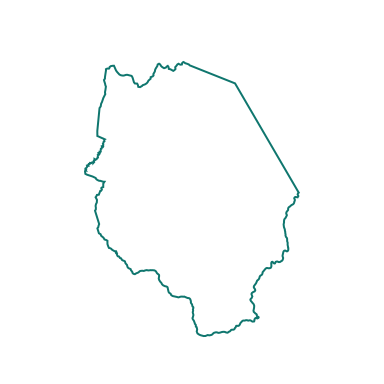 Kompiam District, Enga, Papua New Guinea (Mercator projection), rotated 72°
{"feature_id": "67681753B5987121192502", "entity_name": "Kompiam District", "entity_type": "district", "adm_level": 2, "iso_a3": "PNG", "parent_name": "Papua New Guinea", "parent_adm1": "Enga", "projection": "mercator", "projection_center": [143.976, -5.26], "detail": "fine", "context": "isolated", "style": "outline", "palette": "teal", "viewbox_px": 384, "rotation_deg": 72, "n_neighbors": 0, "source": "geoboundaries", "source_scale": "gbopen_adm2", "svg_char_len": 6039}
<svg xmlns="http://www.w3.org/2000/svg" viewBox="0 0 384 384"><g transform="rotate(72 192 192)"><path d="M102.0,117.5L70.8,155.1L69.7,155.6L68.1,157.6L67.5,158.6L66.4,159.3L65.7,160.1L66.4,161.6L67.6,162.2L67.4,163.5L66.6,164.6L65.9,165.1L66.1,166.4L67.1,167.7L68.1,169.4L69.9,169.7L70.7,171.1L71.0,172.4L68.6,174.6L67.8,176.0L65.8,175.7L64.6,176.1L64.9,177.3L65.6,178.4L65.6,180.3L64.6,181.2L63.4,182.1L62.5,182.5L60.8,182.9L59.8,183.7L60.1,185.2L61.5,186.1L63.5,188.5L64.4,189.3L65.9,190.1L67.9,192.3L69.3,192.6L69.9,193.7L70.0,195.8L71.5,196.4L72.6,199.0L73.8,200.2L74.6,201.5L75.1,203.3L75.2,205.9L75.7,206.7L76.2,209.0L75.4,210.6L73.7,210.4L72.0,210.6L71.1,212.8L69.7,213.3L66.2,213.2L64.5,213.2L62.9,213.6L60.5,217.4L60.2,218.7L60.2,220.5L60.0,221.6L59.1,223.4L57.9,224.7L54.8,226.1L53.0,226.7L47.8,227.2L47.4,228.7L47.2,230.3L47.7,231.7L48.5,232.2L49.0,232.9L48.4,234.4L48.6,235.9L49.7,236.2L55.9,239.3L57.3,239.8L58.3,241.1L59.9,241.2L62.1,241.2L63.7,241.4L65.1,241.3L68.2,242.8L69.4,243.5L70.8,244.1L72.1,244.2L75.1,247.2L78.6,249.8L79.9,251.1L82.4,252.4L83.6,254.0L104.7,263.2L109.5,264.7L114.9,258.7L115.1,259.4L116.7,259.6L117.0,260.6L117.8,261.0L118.5,261.8L119.4,261.7L120.1,262.2L121.0,262.2L121.2,262.4L120.6,262.6L120.6,263.1L121.2,263.3L120.9,263.7L121.9,263.9L122.8,264.6L122.7,265.3L124.6,266.2L125.4,266.3L125.9,267.4L125.5,267.7L126.2,268.1L126.0,268.8L126.7,268.8L127.0,269.3L127.4,268.5L127.9,269.2L127.9,269.8L128.8,270.6L130.2,270.8L130.6,271.9L131.3,272.6L131.2,273.2L131.6,273.8L130.5,274.6L131.3,274.9L132.0,275.8L133.3,275.8L133.8,276.7L133.3,276.5L133.3,277.0L132.9,277.7L133.4,278.8L132.8,280.0L133.7,280.6L133.4,281.5L134.2,282.0L134.3,283.2L135.1,282.7L135.1,283.8L135.7,284.0L136.4,284.9L136.7,286.0L137.7,285.8L137.8,286.3L138.7,286.2L138.3,286.7L139.4,287.4L141.8,287.8L143.1,286.5L146.6,281.7L148.9,279.3L150.1,279.1L151.3,278.3L152.7,276.8L153.0,275.8L154.7,273.4L155.2,272.1L156.6,273.8L159.9,274.9L159.9,276.5L160.3,277.1L161.9,277.0L162.8,278.2L162.6,278.9L165.8,281.5L165.4,283.3L166.7,284.5L167.2,285.3L170.1,284.8L172.6,285.8L173.9,287.1L175.5,288.0L177.3,288.3L178.9,288.9L179.8,290.0L193.8,290.2L195.2,291.3L196.5,292.0L197.3,293.2L202.5,293.3L203.9,292.0L205.6,291.9L208.1,290.3L210.1,289.9L211.1,288.5L212.2,287.5L215.4,288.5L217.2,288.5L219.5,288.3L220.1,287.3L221.1,286.3L222.2,285.9L224.4,283.9L224.9,282.5L226.3,282.4L225.9,283.1L226.5,283.2L227.4,282.7L228.9,282.7L230.1,282.5L230.9,281.3L232.5,280.9L233.1,280.0L235.1,279.5L236.0,278.6L236.1,278.3L237.3,277.2L239.1,277.3L240.2,276.9L241.2,276.4L243.4,276.5L244.7,276.0L246.4,274.2L247.7,274.2L249.3,273.5L250.4,273.6L251.4,273.2L252.0,272.6L252.5,271.7L252.1,270.2L252.0,268.2L251.7,267.2L251.2,266.3L251.2,265.0L251.5,263.7L252.2,262.2L252.1,261.2L252.2,259.9L252.3,259.2L253.1,257.8L253.6,255.3L253.8,255.0L254.2,253.6L254.9,252.0L255.6,251.3L256.4,250.8L257.9,250.5L258.6,250.3L260.4,249.1L260.9,249.0L261.9,249.3L264.1,250.4L265.6,250.4L267.6,249.9L268.7,249.3L270.5,249.0L271.7,248.4L273.1,247.0L274.0,245.5L274.5,245.0L275.1,244.7L279.1,245.1L280.1,245.1L280.9,244.8L282.1,243.8L283.7,243.6L285.0,242.5L287.2,238.7L287.7,238.0L288.1,237.2L288.0,236.0L288.1,234.8L288.6,233.3L288.9,232.8L289.0,231.8L291.5,228.9L291.9,227.8L292.7,227.1L293.5,226.8L295.5,226.8L296.6,227.2L297.5,227.2L298.9,226.7L300.8,226.9L301.3,226.8L301.8,226.4L302.2,226.4L302.8,226.6L303.9,227.4L304.9,227.5L305.6,227.8L306.1,228.2L306.8,228.5L308.9,228.6L309.5,228.7L311.4,229.9L311.9,230.4L312.5,230.6L313.4,230.5L315.0,230.0L317.3,229.9L318.3,230.0L319.3,229.5L319.8,229.5L320.9,229.9L321.3,229.9L321.8,229.4L322.7,229.4L324.4,229.6L326.1,230.6L328.2,230.5L330.0,229.1L331.0,227.9L332.6,225.4L333.1,223.8L332.9,221.3L333.7,219.8L333.9,218.3L333.9,217.4L333.6,216.5L333.0,215.5L332.7,214.5L332.8,212.8L333.1,211.8L334.1,210.5L334.4,209.0L334.4,206.7L334.8,204.9L335.3,203.9L336.2,202.9L336.8,201.6L336.7,201.2L336.3,200.1L336.3,199.4L336.1,198.7L335.3,197.4L335.3,196.5L335.7,195.4L335.7,194.5L335.5,194.0L334.6,193.2L334.3,192.4L333.5,191.8L333.0,191.3L333.1,190.5L333.6,189.7L333.6,188.8L333.4,188.3L333.1,187.8L331.5,186.3L330.1,183.7L330.2,182.7L330.6,181.5L330.6,180.2L331.0,179.2L331.7,178.3L331.8,177.0L332.2,176.0L332.9,175.4L333.5,175.0L334.0,174.4L334.3,173.0L333.8,172.5L332.4,171.9L331.6,170.8L331.5,170.0L332.4,169.1L332.3,167.8L331.9,167.4L331.4,167.4L330.5,168.3L330.1,168.5L329.2,168.5L328.7,168.3L328.0,168.5L326.9,169.4L326.3,169.6L325.1,170.3L323.9,170.2L321.4,168.8L319.5,168.0L318.1,168.0L317.2,168.2L315.8,168.9L315.3,169.0L314.0,169.6L313.0,169.8L312.3,169.7L311.9,169.3L311.4,168.2L310.0,166.9L307.6,167.0L307.0,166.7L306.6,166.3L306.0,164.6L305.9,163.2L305.2,162.3L304.1,162.1L302.0,162.7L301.2,162.5L300.5,162.0L298.6,159.3L296.4,157.4L295.8,155.8L295.5,155.4L294.9,154.7L293.6,153.9L293.1,153.4L292.7,152.8L292.4,151.4L292.0,150.8L291.5,150.3L290.1,149.6L287.7,145.8L287.4,144.9L287.4,144.2L288.2,142.7L288.5,141.6L288.4,140.5L287.6,139.7L287.0,139.4L284.1,138.6L283.6,138.2L283.2,137.8L283.2,137.2L283.8,136.7L284.4,136.6L285.1,136.2L285.5,135.6L285.5,135.1L284.3,134.0L284.3,133.0L284.6,132.1L285.4,131.3L285.7,130.4L285.7,129.6L285.3,128.4L285.3,127.9L284.7,126.9L283.7,126.1L282.9,125.7L281.1,125.7L280.4,125.5L277.2,123.6L276.7,123.1L276.4,122.5L276.4,121.6L277.0,120.9L277.6,120.4L277.8,120.0L277.8,119.4L277.1,118.5L276.0,118.0L275.2,117.9L275.0,117.7L274.2,117.8L273.7,117.6L271.8,117.4L269.8,116.7L268.2,116.7L265.9,116.0L265.0,116.0L263.7,116.5L262.2,116.5L261.2,116.1L260.0,116.0L258.5,115.6L257.6,115.6L256.2,115.3L253.8,115.4L251.2,114.9L249.0,113.7L248.3,113.6L246.6,112.7L246.0,111.9L245.6,111.1L243.5,109.0L242.8,108.9L241.8,109.1L240.8,108.7L239.9,107.9L239.1,106.5L238.7,106.1L237.5,105.7L236.7,105.1L236.2,104.1L236.2,103.7L235.7,102.6L235.5,102.2L235.1,101.2L235.1,100.6L234.8,99.4L234.4,98.8L233.8,98.2L232.7,97.6L232.1,97.0L231.3,96.6L229.5,96.7L229.1,96.3L228.8,95.9L228.7,95.1L229.7,93.2L228.7,92.1L226.9,92.3L225.8,91.4L225.6,90.7L102.0,117.5Z" fill="none" stroke="#0f766e" stroke-width="2"/></g></svg>